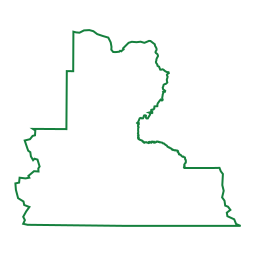 Wasco, Oregon, United States of America (orthographic projection)
{"feature_id": "52423323B81291349676813", "entity_name": "Wasco", "entity_type": "district", "adm_level": 2, "iso_a3": "USA", "parent_name": "United States of America", "parent_adm1": "Oregon", "projection": "orthographic", "projection_center": [-120.965, 45.263], "detail": "fine", "context": "isolated", "style": "outline", "palette": "green", "viewbox_px": 256, "rotation_deg": 0, "n_neighbors": 0, "source": "geoboundaries", "source_scale": "gbopen_adm2", "svg_char_len": 4683}
<svg xmlns="http://www.w3.org/2000/svg" viewBox="0 0 256 256"><path d="M23.2,223.8L27.6,224.8L127.6,225.9L155.0,225.9L240.6,225.9L236.1,224.0L234.2,219.3L227.4,216.2L226.8,212.7L230.4,209.9L228.0,206.7L225.2,205.6L224.5,200.7L222.1,197.4L223.7,190.8L222.3,185.1L222.9,174.0L220.8,171.3L219.5,167.9L218.2,167.9L212.9,168.0L209.3,168.0L201.7,168.0L198.0,168.0L192.4,168.0L186.8,168.0L184.4,168.0L184.0,167.6L184.1,167.4L184.1,166.8L184.4,166.6L184.6,166.3L184.4,165.9L184.5,165.3L184.2,165.0L184.4,164.4L184.7,163.9L185.0,163.4L185.2,163.1L185.5,163.0L185.7,162.7L185.8,162.3L185.9,161.9L185.8,161.6L185.8,161.0L185.8,160.6L185.8,160.2L185.6,159.8L185.2,159.5L185.2,159.0L185.0,158.2L185.0,157.8L184.9,157.5L184.5,157.4L184.0,157.1L183.5,156.6L182.8,156.8L182.1,156.4L181.5,155.9L181.0,155.2L180.6,154.9L180.1,154.6L179.6,154.6L179.4,154.6L179.0,154.3L179.1,153.9L179.0,153.4L178.5,153.0L178.3,152.6L178.1,152.3L177.8,152.0L178.1,151.7L178.1,151.2L177.6,150.7L177.1,150.5L176.4,150.4L175.9,150.5L175.3,150.2L174.8,150.4L174.3,150.1L173.7,150.1L173.4,149.9L173.0,149.8L172.7,149.5L172.4,149.3L172.1,149.3L172.0,149.5L171.7,149.2L171.4,148.7L170.8,148.3L170.2,148.2L169.6,147.6L169.2,147.4L168.9,147.5L168.5,147.3L168.2,147.0L167.7,146.8L167.4,146.6L167.2,146.1L166.7,145.5L166.3,145.3L165.7,145.0L165.5,144.7L165.1,144.5L164.7,144.3L164.5,144.0L164.3,143.7L164.0,143.5L163.6,143.4L163.0,143.4L162.5,142.9L162.1,142.6L161.9,142.5L161.1,142.5L160.2,142.2L159.6,142.3L159.3,142.0L158.8,141.8L158.6,142.0L158.3,142.0L158.0,141.7L157.3,141.5L156.4,141.6L156.2,142.1L155.6,142.3L155.1,142.6L154.6,142.7L154.3,142.7L154.2,142.2L154.4,142.0L154.0,141.7L153.6,142.0L153.2,142.3L152.6,142.1L152.6,141.7L152.3,141.6L152.2,141.9L151.7,142.3L151.5,142.1L151.2,142.4L151.0,142.7L150.7,142.5L150.6,142.3L150.3,142.2L150.1,142.2L149.7,142.1L149.7,141.9L149.2,141.9L148.9,142.0L148.9,142.4L149.2,142.6L149.1,142.9L148.7,143.1L148.1,142.9L147.6,142.6L147.0,142.6L146.4,142.2L145.7,142.2L145.0,142.5L144.7,142.3L144.3,142.5L144.2,142.7L143.9,142.6L143.7,142.3L143.4,141.6L143.2,141.4L142.8,141.4L142.6,141.5L142.3,141.1L142.1,140.6L141.3,140.3L140.8,140.1L140.2,140.0L139.7,139.6L139.2,139.4L138.7,139.2L138.8,138.8L138.8,138.3L138.5,138.3L138.0,138.0L138.0,137.7L138.4,137.4L138.2,137.1L138.1,136.7L138.5,136.2L138.6,135.8L138.2,135.5L138.0,135.2L138.2,134.8L138.4,134.6L138.4,134.2L138.2,133.9L137.9,133.3L138.1,132.7L138.3,132.0L138.2,131.3L138.1,130.4L138.2,128.6L138.1,128.0L138.6,127.4L138.4,126.5L138.0,126.2L138.1,125.2L138.5,124.7L138.8,124.3L138.8,123.3L137.9,123.4L137.6,123.5L137.1,123.0L137.4,122.7L138.1,122.1L138.8,120.5L139.7,118.3L140.9,117.9L141.7,118.4L143.0,118.3L143.5,117.2L143.8,116.0L144.3,115.3L145.3,115.3L145.6,115.4L146.0,115.7L145.9,116.2L145.8,116.8L145.8,117.5L146.5,118.4L147.8,118.4L148.7,116.8L149.7,115.2L150.1,114.5L150.1,113.5L149.4,112.8L148.9,112.6L150.4,112.2L151.1,112.9L152.0,113.1L152.3,112.9L152.2,111.7L151.2,110.7L151.2,110.0L152.3,109.5L153.4,109.5L154.3,108.6L154.2,107.9L154.5,106.4L155.9,106.3L157.3,106.2L157.4,105.2L157.4,104.4L157.8,103.3L159.2,101.4L160.0,100.3L160.7,99.6L161.3,100.2L161.8,100.5L162.4,100.3L162.7,99.8L162.4,98.9L162.2,97.8L162.4,96.7L162.6,95.6L162.7,94.5L163.2,93.3L163.3,92.6L163.1,92.0L164.1,91.8L164.9,91.8L165.2,90.9L164.5,90.3L163.2,89.5L162.7,87.6L163.3,86.3L163.5,85.0L164.4,84.2L165.6,84.0L166.4,83.4L167.3,82.5L167.0,81.2L166.8,79.9L166.9,79.2L167.4,77.8L167.6,76.5L167.1,75.7L166.9,74.8L167.5,74.0L168.2,73.5L168.8,73.1L168.5,72.2L167.9,72.1L167.4,72.2L166.5,71.9L166.1,71.7L165.3,71.2L164.5,70.7L164.0,70.1L162.7,69.3L161.5,69.6L161.0,69.7L160.2,69.6L159.7,68.3L159.1,66.7L158.3,66.3L157.5,65.8L157.3,64.5L156.9,63.9L156.2,63.0L155.9,62.0L156.0,61.4L156.3,60.8L156.4,60.2L156.4,59.4L156.8,58.3L157.3,57.4L158.0,56.1L157.9,55.3L157.4,54.2L156.8,53.6L156.0,53.1L155.5,52.3L155.7,51.3L156.4,50.4L156.6,49.2L156.4,48.2L156.2,47.9L155.8,47.1L155.1,45.9L155.0,45.6L154.8,44.3L150.5,41.0L149.0,40.9L145.2,42.5L144.3,42.8L140.6,41.7L136.6,42.2L131.8,41.8L128.6,42.8L123.1,48.3L123.6,49.4L122.8,49.9L121.9,50.7L121.3,51.3L120.1,50.8L119.2,51.7L115.7,52.1L113.2,52.0L111.3,49.7L111.5,46.9L110.7,42.4L108.3,37.6L102.8,36.0L97.2,34.1L93.4,31.2L89.4,30.1L84.0,30.4L79.5,32.7L76.1,32.4L73.4,31.7L73.2,71.2L66.8,71.1L66.4,129.1L32.9,128.9L35.3,130.5L35.0,135.3L32.6,135.9L30.0,139.2L24.7,140.5L27.3,148.2L28.2,150.7L30.3,152.2L30.9,156.4L33.1,160.2L34.5,158.7L37.5,159.6L39.6,166.5L38.3,168.5L38.5,171.5L34.0,171.2L28.4,175.9L29.3,177.7L25.5,178.4L19.6,177.7L19.1,182.6L15.4,183.4L15.9,189.8L18.1,198.2L23.5,201.5L24.2,205.0L29.4,207.0L26.2,211.4L23.2,216.8L24.9,220.1L23.2,223.8Z" fill="none" stroke="#15803d" stroke-width="2"/></svg>